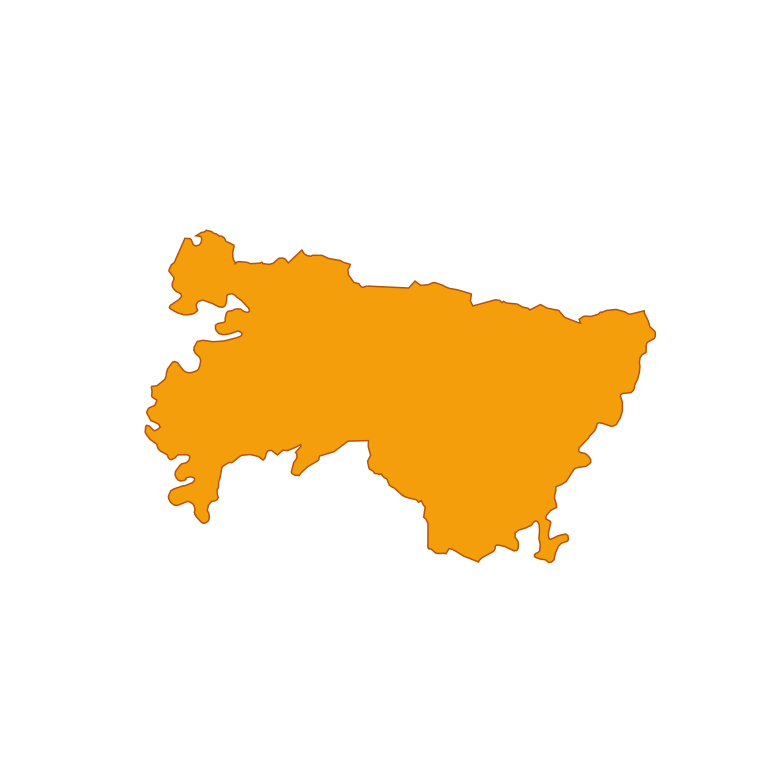 La Misión, Hidalgo, Mexico, rotated 134°
{"feature_id": "50627088B23138580841990", "entity_name": "La Misión", "entity_type": "district", "adm_level": 2, "iso_a3": "MEX", "parent_name": "Mexico", "parent_adm1": "Hidalgo", "projection": "orthographic", "projection_center": [-99.056, 21.066], "detail": "fine", "context": "isolated", "style": "filled", "palette": "amber", "viewbox_px": 768, "rotation_deg": 134, "n_neighbors": 0, "source": "geoboundaries", "source_scale": "gbopen_adm2", "svg_char_len": 6159}
<svg xmlns="http://www.w3.org/2000/svg" viewBox="0 0 768 768"><g transform="rotate(134 384 384)"><path d="M446.3,192.3L444.8,193.0L440.8,192.8L428.4,189.0L426.1,189.3L423.1,191.3L421.8,191.2L419.9,189.2L417.0,184.2L413.7,174.5L413.4,174.7L411.8,172.9L409.2,173.2L405.8,176.0L404.1,178.5L403.1,183.4L400.0,186.2L395.7,185.7L389.0,182.0L382.9,179.8L379.8,180.4L377.3,179.9L376.6,179.0L376.3,177.4L377.7,174.3L381.0,170.7L387.6,165.1L391.0,160.0L396.0,156.1L398.3,156.2L400.9,157.2L402.6,157.0L403.4,156.0L403.5,154.7L401.6,150.4L398.2,145.5L398.0,141.5L395.9,139.9L392.4,139.6L385.8,143.6L379.3,145.9L375.4,145.8L369.3,142.8L367.6,143.5L365.4,146.2L365.8,149.2L371.7,153.1L380.0,156.2L380.7,157.5L379.0,160.3L376.3,162.6L367.6,167.9L367.3,169.4L368.6,173.6L367.3,175.1L365.5,175.9L359.3,176.4L352.8,174.1L350.2,177.5L347.8,181.9L345.4,184.0L341.0,186.5L339.5,188.3L338.3,188.9L333.2,186.6L327.6,185.2L314.1,187.9L312.1,187.9L310.3,187.1L302.9,181.6L299.3,180.8L296.7,180.9L294.9,182.7L294.1,185.3L293.9,188.2L294.3,191.3L296.8,195.0L297.1,196.4L296.5,197.9L294.4,199.3L280.7,199.4L278.2,200.0L271.4,200.0L267.6,201.3L264.4,203.1L263.5,202.9L262.2,202.0L260.3,199.1L256.5,190.9L254.1,189.5L251.5,188.8L244.2,190.5L237.8,193.8L231.4,200.0L228.5,205.4L227.1,206.4L225.0,205.7L218.9,200.5L216.0,200.1L214.0,200.6L209.7,203.3L204.4,204.9L197.9,208.6L193.9,211.8L190.9,215.4L187.0,218.2L183.3,218.7L180.8,217.7L179.0,217.6L173.9,222.4L171.2,223.5L163.5,221.2L161.2,222.0L158.8,224.2L158.0,225.7L158.1,232.4L154.9,238.2L152.1,246.0L150.6,247.7L162.3,255.1L163.8,256.6L164.7,260.8L169.1,268.8L176.6,275.1L181.4,277.2L181.4,277.8L182.4,278.4L185.0,278.3L191.5,282.0L195.0,286.0L197.0,287.5L201.9,288.6L203.7,284.9L204.8,286.6L210.3,299.6L210.6,301.4L209.7,309.5L216.1,319.3L218.1,326.6L229.6,330.6L229.3,332.7L232.5,337.9L234.0,343.8L240.7,352.2L241.5,355.4L243.5,355.7L243.5,358.9L246.1,362.4L266.1,374.3L264.3,379.5L258.8,383.4L258.7,384.1L265.4,396.9L269.8,403.4L271.7,408.1L272.1,410.3L275.8,418.0L277.5,419.4L281.6,421.0L287.6,426.1L288.4,433.2L297.8,432.9L323.8,462.5L326.0,464.7L329.0,466.2L329.6,467.0L329.9,468.7L329.3,471.7L331.9,476.2L330.2,485.3L326.7,489.6L323.9,490.0L321.4,491.4L324.9,498.3L325.4,501.0L332.3,511.3L334.5,517.9L341.1,524.9L342.7,525.2L344.9,528.2L345.8,531.6L344.7,536.1L363.4,537.0L362.7,541.5L363.3,543.6L364.5,545.1L366.6,547.0L374.1,547.6L377.6,549.6L381.6,554.8L381.1,555.9L381.3,556.6L383.4,557.3L390.1,563.5L391.9,567.5L396.8,573.4L398.1,574.4L400.8,574.6L400.0,575.3L399.4,577.9L398.1,580.4L396.7,581.9L394.2,584.4L389.4,587.2L388.4,588.5L391.2,596.9L389.9,600.0L390.2,603.1L391.9,605.1L392.5,608.9L394.0,611.6L394.1,613.9L396.9,618.7L398.8,618.6L402.1,620.7L408.0,622.2L405.1,618.3L406.1,616.1L408.6,614.2L410.8,613.6L412.6,613.6L415.6,615.4L416.2,618.1L414.1,622.9L414.3,624.7L417.5,628.4L442.2,619.3L446.0,619.8L450.7,618.2L452.2,617.1L453.3,609.3L454.7,607.9L459.1,606.0L461.0,603.9L461.7,601.3L461.8,598.0L460.3,593.0L461.6,590.4L465.9,590.2L475.8,592.3L478.1,591.6L478.4,590.4L476.4,582.3L473.2,576.0L470.4,573.0L465.5,569.7L460.9,569.0L460.1,569.5L459.4,571.9L457.0,574.5L453.9,574.9L449.6,572.9L445.2,563.1L443.2,556.3L440.8,553.3L438.5,552.8L436.8,553.1L433.2,555.2L429.9,558.3L429.0,558.4L428.0,558.4L424.5,556.0L423.7,553.2L423.8,549.6L422.9,544.7L423.5,534.0L425.0,531.3L426.9,531.6L428.2,533.3L429.2,535.5L429.7,539.2L431.6,541.4L434.2,543.5L436.5,544.0L439.9,546.7L442.3,546.7L446.6,544.2L449.5,541.7L450.9,542.0L456.0,545.6L458.9,546.0L461.1,543.9L462.0,542.1L462.5,538.0L460.5,534.2L458.7,532.5L454.3,529.4L447.1,525.8L446.1,522.0L446.7,520.8L448.7,520.2L452.7,521.9L464.1,528.9L472.3,536.3L478.3,544.6L482.9,547.7L484.0,547.7L489.6,546.0L491.7,544.4L492.9,541.0L492.9,535.2L493.8,533.2L495.0,531.8L499.3,528.9L502.5,527.8L504.2,527.8L508.6,529.9L511.0,531.6L512.9,534.4L513.6,537.8L512.1,547.3L513.2,550.2L515.0,551.3L523.3,550.2L526.7,548.5L530.0,546.0L533.0,544.9L543.1,546.1L546.9,549.4L548.0,549.1L550.4,545.7L554.0,542.9L554.5,541.5L553.4,536.2L554.1,535.7L558.7,534.0L564.2,536.4L565.6,536.4L569.0,535.2L569.7,534.3L572.3,526.1L571.1,523.5L569.5,518.3L570.4,515.0L574.3,515.4L576.9,516.6L577.4,517.4L577.4,523.9L578.4,525.9L579.9,525.9L580.9,525.3L584.6,522.3L585.5,519.4L586.3,513.5L585.2,506.5L585.4,505.2L587.1,502.4L587.6,499.9L587.5,498.0L585.5,490.8L587.0,487.5L586.8,485.3L586.2,484.4L582.4,483.0L579.3,483.1L577.8,482.7L571.5,476.3L570.9,473.5L573.5,471.7L575.5,471.2L578.4,471.7L581.8,474.0L584.1,474.3L591.7,473.3L594.6,471.1L595.8,468.2L596.1,465.5L595.1,463.0L592.1,460.7L590.1,460.2L589.4,461.2L585.3,459.0L584.1,457.0L583.5,454.7L584.8,453.5L587.9,453.2L595.4,456.5L596.5,457.7L605.1,462.1L608.7,463.3L614.7,461.0L616.1,459.1L617.4,455.3L616.9,450.8L615.1,448.4L604.5,443.5L603.3,440.0L603.1,437.8L603.6,435.9L605.5,432.7L608.1,431.3L608.4,430.3L609.3,429.6L609.2,428.6L609.9,426.9L610.3,419.3L609.7,417.2L607.6,415.7L604.1,415.3L600.9,417.3L598.6,420.4L597.9,422.8L596.9,423.8L592.9,426.2L588.3,426.4L585.1,424.2L583.5,423.8L580.8,424.3L579.3,427.1L576.2,430.6L573.5,431.1L569.0,435.1L564.8,437.1L556.7,442.6L554.9,442.7L549.4,441.4L547.6,440.6L546.9,439.3L545.2,438.5L536.4,437.5L534.0,436.7L528.1,431.6L526.3,429.1L523.3,423.7L522.7,418.2L520.6,418.0L517.7,419.2L516.9,420.1L514.3,420.9L512.3,420.9L509.9,418.7L509.1,411.4L501.4,410.6L499.3,407.3L490.6,403.5L485.5,401.9L485.9,401.0L486.8,400.4L494.7,400.1L494.8,398.2L497.7,395.2L503.1,394.4L511.8,389.5L512.3,388.2L511.6,384.9L508.9,381.5L505.1,381.9L496.5,381.5L485.2,378.3L483.5,378.5L480.7,380.4L467.5,373.0L450.9,370.3L449.5,369.7L435.6,355.9L440.1,351.7L444.6,344.1L450.9,342.2L454.6,337.1L455.3,335.2L454.2,331.4L454.8,329.1L454.4,327.8L452.8,326.2L452.8,325.1L450.5,323.2L451.0,322.0L451.2,319.0L450.3,315.9L453.1,309.8L452.4,306.0L451.7,304.7L451.3,292.9L450.8,292.7L450.9,291.3L448.4,286.3L444.7,280.2L445.1,277.0L442.0,276.2L443.7,271.5L443.8,269.0L452.3,262.9L452.1,259.9L453.8,255.4L471.3,238.7L471.0,237.9L471.4,237.0L470.3,236.3L469.9,234.4L469.8,229.8L469.2,228.4L466.7,225.6L464.9,224.2L463.0,221.5L457.5,222.8L456.2,221.7L454.7,217.4L452.3,206.8L446.3,192.3Z" fill="#f59e0b" stroke="#b45309" stroke-width="1.5"/></g></svg>